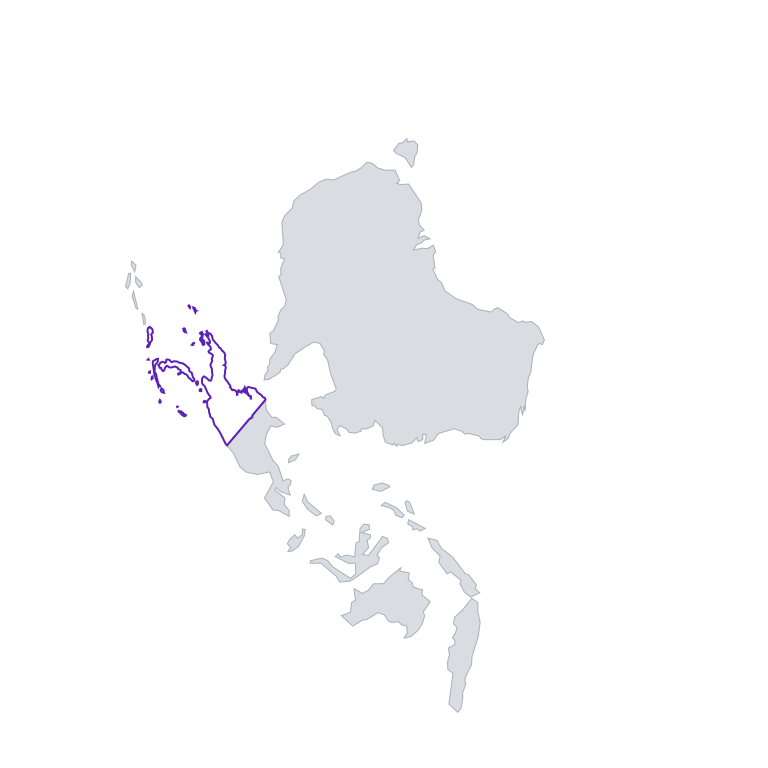 Papua New Guinea highlighted, orthographic projection, rotated 221°
{"feature_id": "PNG", "entity_name": "Papua New Guinea", "entity_type": "country or territory", "adm_level": 0, "iso_a3": "PNG", "parent_name": "Oceania", "parent_adm1": "", "projection": "orthographic", "projection_center": [148.76, -6.492], "detail": "fine", "context": "with_neighbors", "style": "outline", "palette": "violet", "viewbox_px": 768, "rotation_deg": 221, "n_neighbors": 3, "source": "natural_earth", "source_scale": "50m", "svg_char_len": 11590}
<svg xmlns="http://www.w3.org/2000/svg" viewBox="0 0 768 768"><g transform="rotate(221 384 384)"><path d="M462.5,234.6L463.6,294.4L455.4,287.0L446.3,285.3L444.1,288.0L432.8,288.5L436.4,281.0L442.0,278.3L439.5,268.4L435.0,260.8L417.5,253.4L410.2,252.8L396.7,244.7L394.2,249.3L390.8,250.2L388.7,246.9L388.6,242.9L381.9,238.6L391.3,235.0L397.6,235.0L396.8,232.6L383.9,233.0L380.4,227.7L372.6,226.3L368.8,221.9L380.6,219.3L385.1,216.1L399.3,219.4L403.3,237.5L412.6,242.7L420.0,232.8L430.2,227.1L438.2,226.9L452.7,233.1L462.5,234.6ZM323.8,296.8L325.1,301.3L320.2,308.4L313.3,310.8L312.3,309.8L315.9,300.8L323.8,296.8ZM402.2,275.4L401.2,268.5L404.5,262.0L406.5,264.6L406.6,269.0L402.2,275.4ZM264.3,181.2L259.5,189.7L265.1,197.9L263.7,202.1L272.4,210.0L263.0,211.7L260.4,218.1L260.8,226.3L253.3,233.1L253.3,242.2L250.7,256.4L249.5,253.2L241.0,258.0L237.7,252.6L232.4,252.5L228.5,249.9L219.8,253.9L217.0,249.7L206.3,250.1L204.9,237.9L201.3,235.7L197.8,228.2L196.8,220.3L197.7,211.8L202.1,205.4L203.1,211.4L208.0,216.1L212.7,213.8L217.3,214.1L221.7,209.1L225.2,208.0L232.3,210.0L238.4,207.6L242.6,194.6L245.6,191.3L248.7,180.8L264.3,181.2ZM359.0,239.3L368.6,241.6L371.9,248.5L364.5,245.0L346.5,245.3L348.4,240.1L359.0,239.3ZM337.8,249.3L331.9,247.9L330.2,244.0L338.8,243.2L341.0,246.1L337.8,249.3ZM346.6,194.4L347.1,199.4L352.2,200.0L353.0,203.6L352.5,211.6L348.1,210.9L346.8,216.5L350.3,221.2L347.9,222.4L344.4,216.7L341.9,205.2L343.7,197.9L346.6,194.4ZM294.0,207.6L313.9,207.4L322.2,200.4L323.6,202.4L316.8,211.7L310.6,213.8L302.6,212.4L281.9,215.4L280.8,222.4L288.1,230.1L292.4,225.7L307.7,221.7L307.1,226.0L303.5,224.8L299.9,230.4L292.8,234.3L300.8,245.6L299.3,248.8L307.1,259.0L307.2,265.0L302.9,268.0L299.6,264.9L303.3,257.2L295.4,261.2L293.3,258.8L294.2,255.2L288.2,250.2L288.5,241.2L283.2,244.3L285.1,268.0L280.0,269.7L276.5,267.2L278.4,258.6L276.9,249.9L273.5,250.0L270.9,243.9L274.1,237.7L279.0,216.4L280.7,212.5L287.6,205.3L294.0,207.6ZM286.8,311.4L275.8,305.6L283.0,303.4L290.4,308.5L290.1,311.0L286.8,311.4ZM294.0,295.1L299.3,294.1L306.4,290.4L305.5,295.5L293.5,298.8L282.8,298.3L282.5,295.0L288.8,292.7L294.0,295.1ZM269.4,295.1L274.2,294.0L276.4,297.8L258.1,302.0L260.3,296.6L264.6,296.2L266.4,292.8L269.4,295.1ZM195.7,283.1L196.9,286.3L210.5,286.0L211.8,282.1L225.6,285.3L228.7,291.0L240.0,291.8L249.7,296.5L241.4,300.7L232.8,297.6L218.6,298.4L198.0,294.2L195.2,295.6L182.4,293.0L180.9,289.2L174.8,289.2L178.7,280.0L186.9,279.7L195.7,283.1ZM165.7,237.2L166.9,243.5L169.3,248.3L174.2,248.6L177.7,254.0L176.5,265.6L177.1,279.8L169.8,280.7L163.8,273.7L155.1,267.2L147.1,255.1L139.0,236.4L133.7,229.5L129.9,215.1L124.9,210.1L122.2,202.8L118.2,198.3L113.0,189.2L112.9,184.7L125.0,185.0L142.2,211.0L148.5,210.4L153.7,216.0L157.3,223.1L162.2,226.7L159.6,234.5L163.3,237.2L165.7,237.2Z" fill="#d9dde1" stroke="#a8b0b8" stroke-width="1"/><path d="M652.8,307.9L655.1,311.2L649.0,310.9L645.9,305.2L652.8,307.9ZM649.2,299.8L647.9,301.4L641.6,293.3L639.9,287.8L642.9,287.9L649.2,299.8ZM641.8,302.1L633.0,301.2L631.2,299.7L631.9,296.1L637.7,297.6L641.8,302.1ZM631.6,284.9L633.9,289.7L619.0,279.1L620.3,278.2L631.6,284.9ZM604.1,271.3L612.9,278.3L611.1,278.8L607.2,276.7L603.6,272.8L604.1,271.3Z" fill="#d9dde1" stroke="#a8b0b8" stroke-width="1"/><path d="M525.9,566.1L530.1,566.6L530.6,575.6L528.3,578.1L527.7,584.1L525.3,582.1L520.8,587.2L515.3,586.6L510.9,580.3L509.8,575.4L505.5,568.9L505.4,565.5L516.8,568.7L525.9,566.1ZM362.4,501.8L350.2,508.6L349.9,512.9L348.2,516.3L338.4,517.8L332.0,516.7L322.9,518.5L320.3,523.0L318.3,522.8L313.5,528.0L304.4,528.3L291.9,522.5L290.4,517.8L293.2,516.5L293.7,514.6L291.4,505.9L289.1,501.1L280.4,488.4L279.3,483.6L274.1,475.9L270.2,472.8L267.4,466.2L259.8,456.2L263.8,459.7L259.3,451.9L263.3,454.1L266.2,457.3L265.0,452.9L256.2,441.3L256.5,429.5L254.6,424.5L256.0,417.9L258.1,424.6L259.7,418.3L272.4,407.3L275.6,406.4L277.8,407.3L287.4,402.3L290.0,399.4L294.2,399.3L301.7,396.3L310.4,382.4L309.8,373.9L314.3,365.9L318.6,373.5L321.8,371.6L318.4,367.5L320.4,362.9L324.1,364.7L324.3,357.8L329.8,349.5L333.8,347.7L333.7,345.2L337.4,346.1L337.3,343.8L344.7,340.9L351.2,344.8L356.3,350.0L366.9,350.5L364.7,345.5L368.1,338.1L371.7,335.6L370.3,333.4L373.6,328.0L378.5,324.6L383.0,325.5L390.1,323.6L389.7,318.9L383.2,316.1L387.7,314.6L393.6,316.7L398.4,320.3L405.8,322.4L408.2,321.4L413.8,324.1L418.7,321.4L422.1,322.1L424.0,320.3L428.3,324.7L423.0,333.4L420.0,333.8L421.2,337.4L416.1,346.5L416.9,349.1L430.9,356.6L442.0,364.9L449.1,367.0L450.6,369.8L459.0,372.7L464.5,369.5L467.7,360.6L471.0,348.4L469.0,336.2L470.0,329.3L471.6,327.4L470.1,324.4L473.9,311.9L477.2,308.4L479.8,312.9L480.5,318.6L482.8,319.7L483.2,323.5L486.6,328.1L487.1,336.6L490.4,343.7L496.1,340.2L503.4,347.5L502.5,351.5L504.5,359.3L505.9,363.8L508.2,364.9L510.6,372.6L509.9,377.2L512.8,383.3L534.1,396.1L533.0,398.2L537.9,403.8L541.1,413.4L544.6,411.4L548.0,415.3L550.0,413.9L551.4,423.2L567.3,439.1L569.4,446.1L568.7,456.3L572.2,463.6L571.4,471.2L567.4,482.5L565.6,493.3L561.9,500.8L556.0,504.8L548.0,522.1L545.0,526.1L543.1,532.1L542.4,540.0L538.2,542.7L530.1,543.0L523.4,546.2L516.0,552.6L505.5,547.9L506.4,543.8L502.5,545.3L496.6,551.0L474.9,545.1L469.7,540.4L465.6,530.4L461.6,527.2L454.5,526.4L456.4,522.5L453.9,516.5L451.0,522.2L444.6,523.8L447.9,519.3L448.4,514.6L450.8,510.5L449.5,504.5L444.3,511.6L440.0,514.5L438.0,521.0L431.8,517.8L431.4,513.5L421.5,504.8L422.6,502.8L412.2,498.1L406.9,498.1L399.1,494.3L385.9,495.6L369.3,502.0L362.4,501.8Z" fill="#d9dde1" stroke="#a8b0b8" stroke-width="1"/><path d="M463.1,294.4L462.7,274.1L461.6,272.6L461.7,271.4L462.6,269.0L462.2,234.7L464.1,234.9L468.7,236.8L470.1,237.6L471.4,237.8L473.5,238.9L479.8,241.0L485.3,242.0L490.4,245.3L492.1,245.4L493.2,245.3L494.2,245.5L494.6,245.8L494.8,246.3L495.6,247.0L496.6,247.3L497.5,248.0L499.8,250.2L502.0,250.6L506.0,254.6L506.2,255.2L506.3,257.8L505.8,259.9L506.8,260.5L510.0,261.2L511.8,261.8L517.6,264.6L518.4,264.8L520.7,264.8L522.5,265.8L524.0,267.7L524.6,268.2L525.1,270.3L525.0,271.4L524.7,271.7L523.8,271.9L520.6,272.1L518.4,271.9L516.9,272.9L517.0,273.8L518.3,276.0L519.1,277.9L519.7,278.7L521.5,280.1L523.9,282.5L525.9,283.4L527.6,284.6L528.3,286.7L528.7,288.7L530.6,290.0L531.2,292.2L531.8,293.3L532.6,293.6L533.6,293.6L536.4,292.9L537.3,293.1L537.8,293.4L537.9,294.4L537.5,295.5L537.4,296.5L537.9,297.3L539.8,298.2L543.4,298.6L544.7,299.1L544.4,299.5L542.4,300.2L542.4,300.8L543.4,302.1L547.8,303.7L549.4,303.9L550.6,304.3L552.2,304.1L550.3,305.1L548.6,304.8L548.2,305.1L549.0,305.9L550.4,306.7L550.1,307.1L548.9,307.8L547.4,308.0L544.7,307.2L544.1,306.4L542.3,305.2L540.4,305.0L538.7,304.6L535.0,304.3L532.4,303.4L530.4,303.7L528.9,303.1L527.9,302.9L527.0,303.1L524.4,302.6L522.4,301.2L521.9,300.0L521.1,299.0L517.6,296.4L516.7,295.1L517.1,293.4L516.6,293.7L516.1,293.6L514.7,293.1L514.1,292.4L512.5,289.6L511.0,287.8L510.0,285.9L508.6,284.4L505.8,283.3L503.5,283.1L501.8,282.5L499.0,281.9L498.2,281.3L498.0,280.4L497.1,280.5L494.7,279.8L494.2,280.1L494.0,280.8L493.3,280.7L492.2,281.6L491.4,281.6L489.2,280.8L487.6,279.2L487.0,278.9L487.8,279.7L489.6,283.3L488.7,283.3L489.1,284.0L488.7,284.1L486.1,283.7L485.8,283.9L486.7,285.7L482.0,286.8L480.3,286.8L478.5,286.4L476.9,286.9L476.2,286.9L475.2,285.5L474.0,285.8L475.0,285.8L475.7,286.8L476.4,287.4L477.3,287.0L479.3,287.1L482.2,288.3L484.0,289.9L484.6,290.9L484.7,292.2L484.5,292.7L480.0,295.0L478.1,296.1L477.1,295.9L475.8,295.2L474.3,294.7L468.9,295.2L466.9,294.6L465.9,294.8L465.2,295.3L464.5,295.3L463.1,294.4ZM561.3,249.0L562.7,249.9L564.1,249.0L564.8,249.6L566.7,250.2L566.3,251.5L566.7,252.8L566.6,253.7L566.2,254.6L565.3,255.8L564.5,256.1L563.1,256.2L562.8,256.9L562.9,257.6L564.2,259.5L563.6,260.4L561.7,261.4L560.1,261.2L558.5,261.2L557.7,263.0L555.9,264.6L554.2,265.5L553.1,265.6L552.0,266.0L551.1,266.7L550.0,267.0L549.0,267.7L546.4,267.9L541.5,267.9L541.0,267.7L540.0,266.4L539.0,266.0L536.4,266.3L533.0,264.0L530.1,263.1L529.5,262.2L529.6,261.1L530.4,260.4L531.6,260.8L532.5,260.6L533.6,260.8L535.5,260.5L537.8,261.4L538.8,261.5L539.9,261.4L541.3,260.8L543.1,260.9L544.3,260.2L544.8,257.4L545.1,256.4L545.5,256.2L546.2,256.8L545.4,257.8L545.3,258.9L545.7,260.0L546.4,260.9L547.4,261.0L548.4,260.5L549.4,260.3L550.4,260.9L551.4,260.8L551.8,260.4L552.9,260.2L553.4,260.0L555.1,257.2L556.8,255.8L557.8,255.5L559.1,255.6L560.0,255.1L559.9,252.8L558.8,249.7L559.3,248.8L561.3,249.0ZM598.8,272.0L598.4,273.0L598.2,272.7L597.4,273.0L596.6,273.6L594.8,273.3L593.2,272.3L592.0,270.5L592.3,269.4L592.0,268.5L590.3,267.5L589.6,266.6L589.0,266.2L588.0,265.0L587.6,263.3L587.9,261.4L587.8,260.5L589.1,261.2L590.2,261.4L591.1,262.1L592.0,264.1L593.6,265.4L594.4,267.0L595.9,267.7L597.6,269.2L598.5,270.9L598.8,272.0ZM572.3,253.2L571.1,254.7L569.7,252.9L569.2,251.6L569.3,249.6L569.1,248.3L568.5,247.0L565.6,243.2L564.8,242.5L562.8,242.0L561.9,241.5L559.2,239.2L558.1,238.8L557.6,238.2L554.5,236.2L553.6,235.8L552.5,235.8L551.6,235.4L552.3,235.2L552.4,234.5L552.3,233.9L555.5,235.9L555.9,236.6L556.8,236.7L558.2,237.3L560.2,238.5L561.3,239.4L563.3,240.2L564.7,241.6L572.3,248.1L573.2,249.4L573.3,250.3L572.5,251.5L572.3,253.2ZM517.8,228.3L520.9,228.9L521.1,228.8L521.1,228.6L521.3,228.7L521.2,229.2L520.3,229.2L519.1,230.3L518.5,230.2L516.5,230.4L514.9,230.0L514.5,230.3L513.9,230.2L513.1,230.6L512.9,229.8L513.6,229.6L513.5,228.8L514.1,228.4L515.0,228.4L515.9,228.2L517.8,228.3ZM549.4,296.0L550.6,296.7L551.3,296.5L551.7,296.6L552.5,297.5L552.7,298.9L552.2,299.3L552.2,298.9L551.9,298.8L548.5,298.5L549.2,297.7L548.5,296.8L548.5,296.1L549.4,296.0ZM548.7,234.7L546.9,234.8L546.2,234.7L545.1,233.3L544.4,233.0L545.7,232.3L546.8,232.1L548.7,232.9L548.9,233.6L548.7,234.7ZM554.3,302.2L554.7,302.2L555.3,301.5L555.9,301.3L556.3,301.6L555.7,303.8L553.2,302.8L553.2,302.0L552.7,301.7L551.7,299.9L551.6,299.3L552.4,300.2L554.1,301.4L554.0,301.8L554.3,302.2ZM568.4,292.5L570.0,292.6L570.4,293.2L571.3,293.6L571.7,293.9L571.4,294.5L571.4,294.9L570.5,295.0L569.2,294.4L569.1,294.1L568.5,293.5L567.4,293.0L568.4,292.5ZM576.3,315.7L577.7,316.1L578.2,316.7L576.4,317.1L576.1,316.7L574.8,316.4L574.6,315.8L574.0,316.0L574.3,315.6L573.6,315.1L573.3,314.2L576.3,315.7ZM526.7,263.7L526.3,263.7L526.1,263.3L525.3,263.0L524.4,261.9L524.5,260.6L525.0,260.6L526.9,261.7L527.1,262.1L527.0,263.1L526.7,263.7ZM547.9,296.4L547.6,297.6L547.0,297.4L545.6,296.1L545.8,295.2L546.5,294.7L547.5,295.2L547.9,296.4ZM587.5,259.9L586.9,260.4L586.5,259.3L586.1,257.4L586.9,256.5L587.4,256.9L587.4,257.7L587.8,258.4L587.5,259.9ZM518.9,260.1L518.4,260.1L517.3,258.9L517.4,258.5L518.5,257.9L519.2,258.4L519.3,259.6L518.9,260.1ZM542.2,223.4L542.6,224.9L541.7,224.7L540.6,223.8L540.6,223.2L540.9,222.7L541.4,222.8L542.2,223.4ZM508.3,253.6L507.7,253.9L507.3,253.7L507.1,253.1L507.2,252.5L508.1,251.9L508.5,252.2L508.6,252.9L508.3,253.6ZM554.6,290.4L554.8,291.0L554.1,290.3L554.4,288.9L553.7,288.5L554.1,287.8L554.7,287.5L554.7,288.4L554.9,288.9L554.6,290.4ZM486.5,289.7L486.7,290.1L485.4,289.5L483.5,288.4L483.0,287.8L485.2,288.6L486.5,289.7ZM486.5,288.3L486.1,288.3L484.5,287.7L484.1,287.2L486.4,287.4L486.5,288.3ZM582.9,314.7L582.8,315.2L582.5,315.0L581.5,315.2L581.0,315.2L580.6,314.5L581.5,314.7L581.3,314.2L582.9,314.7ZM569.2,239.1L568.9,239.9L568.4,239.4L568.0,238.8L568.2,238.5L568.9,238.3L569.2,239.1ZM563.9,237.4L563.8,237.8L563.6,237.8L562.6,236.7L562.8,236.4L563.9,237.4ZM552.6,307.2L552.5,307.9L551.6,307.5L551.7,307.1L552.6,307.2ZM563.1,236.1L562.4,236.3L562.5,235.2L563.1,235.5L563.1,236.1ZM525.3,231.2L525.0,231.7L524.0,231.5L524.5,231.4L524.9,230.9L525.3,231.2ZM578.2,247.5L578.1,248.3L577.5,248.0L578.2,247.5Z" fill="none" stroke="#5b21b6" stroke-width="2"/></g></svg>